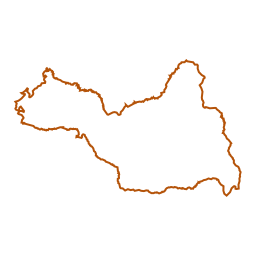 the district of Tuluá, Valle del Cauca, Colombia
{"feature_id": "7082276B54316712133185", "entity_name": "Tuluá", "entity_type": "district", "adm_level": 2, "iso_a3": "COL", "parent_name": "Colombia", "parent_adm1": "Valle del Cauca", "projection": "albers", "projection_center": [-76.017, 4.037], "detail": "fine", "context": "isolated", "style": "outline", "palette": "amber", "viewbox_px": 256, "rotation_deg": 0, "n_neighbors": 0, "source": "geoboundaries", "source_scale": "gbopen_adm2", "svg_char_len": 5717}
<svg xmlns="http://www.w3.org/2000/svg" viewBox="0 0 256 256"><path d="M46.4,68.6L46.5,70.2L44.4,71.7L43.1,73.7L43.6,76.3L45.4,75.6L46.2,76.5L44.4,78.2L44.0,79.2L44.1,80.0L45.3,81.7L45.1,82.9L41.7,83.3L40.6,85.6L38.1,86.2L36.7,88.2L35.1,88.6L32.8,91.0L33.3,93.7L33.0,94.6L31.3,96.5L29.9,97.3L29.2,96.9L29.6,94.2L27.2,91.5L27.9,88.9L27.2,88.4L25.4,90.7L22.6,92.8L21.4,93.0L21.9,93.5L24.9,94.2L24.8,94.9L21.6,98.4L19.7,99.9L18.1,100.9L15.4,101.7L16.7,103.6L16.1,105.6L16.4,106.9L15.4,108.5L15.8,109.5L18.8,110.9L19.3,108.1L20.1,107.0L20.8,106.6L24.0,111.0L23.7,111.9L21.5,111.0L19.7,111.0L18.0,113.3L18.5,114.0L21.7,115.0L23.5,117.5L23.4,118.3L22.1,119.8L21.5,122.6L22.9,122.8L23.0,123.7L24.5,123.7L24.6,123.2L25.7,123.9L33.5,126.0L34.8,127.5L35.7,127.9L36.7,127.8L37.5,128.6L38.0,128.4L39.7,129.5L40.6,129.4L41.3,128.7L42.4,129.1L42.7,129.6L44.5,129.6L44.6,130.0L46.3,130.4L46.6,129.9L48.1,130.1L48.9,128.8L52.0,129.5L52.1,129.0L54.1,129.0L54.4,128.5L56.0,129.0L56.8,128.4L60.1,127.3L62.9,127.2L62.6,127.8L67.4,129.5L67.3,129.9L67.9,130.0L69.4,129.7L69.7,128.9L70.5,128.7L72.7,129.1L73.3,128.7L73.9,129.1L75.8,128.9L76.6,129.6L77.2,129.3L78.6,132.2L78.8,134.5L77.6,136.1L76.6,135.9L76.4,137.2L77.7,136.9L81.5,137.9L82.1,137.0L82.0,135.5L82.8,134.5L83.2,134.3L84.7,134.9L85.1,136.4L86.2,137.6L86.6,139.2L87.4,139.6L87.4,140.8L88.5,141.7L88.7,143.6L89.7,144.4L89.9,145.3L90.6,145.4L91.1,146.3L92.0,146.6L93.3,148.4L94.0,151.1L95.2,152.0L96.0,153.9L95.8,155.5L96.8,156.0L96.8,156.6L97.6,156.9L97.8,157.5L99.8,158.4L100.7,159.4L102.5,159.4L105.2,160.7L105.7,161.6L109.5,163.0L111.3,164.4L112.4,164.3L112.6,165.1L113.8,165.3L114.3,166.3L117.5,167.3L117.9,171.1L118.7,172.2L118.2,173.1L119.0,173.5L119.2,174.7L118.6,175.8L119.0,177.1L118.9,178.3L117.8,178.7L117.7,181.0L118.4,182.0L118.2,183.0L119.2,183.7L120.1,187.6L120.7,188.2L122.7,188.4L125.1,190.5L127.9,189.2L130.6,190.1L133.4,189.6L134.7,190.8L139.0,189.9L141.1,190.8L143.9,191.1L146.2,190.4L148.1,190.6L148.8,191.7L151.4,193.1L153.8,193.1L154.9,192.5L156.4,192.7L156.9,192.3L159.1,193.4L161.1,192.7L162.1,191.8L162.7,192.1L163.1,191.7L163.8,191.7L165.3,190.4L165.5,189.5L166.7,188.2L168.8,187.3L169.7,187.5L171.0,187.0L173.8,187.5L174.6,187.0L176.8,187.5L178.0,188.5L179.4,188.0L181.8,188.7L181.9,188.2L182.7,188.0L184.4,188.9L186.5,189.2L187.7,187.9L189.2,187.4L191.1,188.4L191.2,188.8L192.5,188.4L193.0,188.7L194.2,186.9L195.3,186.8L195.4,185.8L196.1,185.8L196.7,185.0L196.6,184.4L198.0,182.9L199.1,182.8L198.9,182.3L199.4,182.5L200.1,181.6L201.7,181.3L203.8,180.1L206.0,179.7L208.5,178.5L211.2,179.2L212.9,178.2L215.9,178.6L217.0,179.2L217.1,179.7L217.7,179.5L218.3,179.9L219.0,181.9L220.8,184.5L223.5,186.2L223.4,190.7L224.3,193.7L226.6,195.6L230.1,192.1L231.6,188.3L233.8,186.3L234.6,186.2L235.4,186.7L235.5,188.8L236.5,189.0L238.7,188.6L238.5,184.6L239.6,181.0L239.4,178.6L240.1,176.4L239.8,175.3L240.6,172.1L239.4,170.2L239.5,169.3L238.3,166.8L235.7,165.4L233.8,162.8L233.9,160.3L232.7,158.7L232.9,158.2L230.6,155.7L230.2,154.7L229.5,154.5L229.1,152.5L228.1,150.9L229.0,148.6L228.9,148.0L230.5,145.5L230.5,144.2L231.3,143.3L228.5,139.8L226.9,138.6L225.7,135.8L224.4,134.5L223.9,133.3L222.8,133.0L223.7,131.0L223.4,130.7L224.5,129.6L223.7,127.5L224.4,125.0L224.2,124.6L224.6,123.9L224.3,123.3L224.8,122.9L224.3,122.4L224.6,122.1L224.1,121.1L223.5,120.8L223.9,120.0L223.2,119.3L223.5,118.5L222.1,118.0L222.0,117.2L220.9,116.9L221.2,116.1L221.9,116.4L222.2,116.0L221.7,114.4L221.8,113.3L219.8,112.1L219.3,111.2L216.8,109.3L216.0,108.1L215.2,107.9L209.8,108.3L205.9,107.1L205.3,107.7L204.5,107.7L203.2,106.5L202.9,104.5L203.6,102.7L202.9,100.6L202.1,99.7L201.8,97.5L202.5,91.7L201.4,88.3L199.7,85.2L202.2,82.7L203.5,78.8L204.7,77.8L204.4,76.6L201.7,75.0L198.9,72.1L197.7,68.7L197.8,65.4L197.1,64.6L194.8,64.6L193.2,62.3L187.2,61.3L186.3,60.4L184.6,62.2L181.5,62.3L181.1,63.2L179.5,64.0L178.6,65.1L178.2,66.4L178.5,67.9L177.9,67.8L177.0,69.3L175.9,69.0L174.7,72.3L173.6,72.7L173.5,73.6L172.2,73.4L171.9,74.2L171.0,75.0L171.1,75.7L170.1,75.7L170.6,76.2L170.1,76.9L170.6,77.3L169.7,78.8L168.8,79.1L169.1,79.7L166.2,84.2L165.9,85.1L166.5,86.2L165.7,88.3L164.4,89.9L164.3,92.1L161.2,93.0L161.7,94.8L160.3,96.4L158.1,97.5L157.7,98.5L156.2,98.1L154.9,98.6L154.7,98.0L153.5,97.8L153.3,97.2L152.2,98.4L151.5,97.8L150.8,98.8L149.8,99.3L148.4,99.2L147.5,100.1L147.2,99.9L147.1,99.1L146.5,99.0L145.5,99.5L143.4,101.8L142.5,101.3L141.3,101.9L139.7,101.6L136.3,102.3L135.8,102.9L134.6,101.9L134.6,102.8L134.2,103.4L133.4,103.2L133.1,104.0L127.9,106.8L125.9,104.8L126.1,105.9L124.8,106.7L122.7,110.2L120.8,112.0L120.5,114.3L119.2,114.9L118.4,114.8L116.7,112.6L114.6,112.1L112.9,112.4L108.3,114.7L107.4,114.5L103.4,108.9L103.8,108.2L103.1,107.0L103.5,106.5L103.0,105.7L103.4,105.4L103.3,104.8L102.1,102.1L102.0,100.8L101.5,100.6L101.3,99.8L101.7,99.5L101.3,98.9L101.6,98.6L99.6,97.0L99.8,96.4L98.8,96.0L99.5,94.9L98.2,94.0L97.3,93.9L96.0,92.2L94.5,92.5L93.8,91.7L93.1,92.2L92.3,91.9L92.6,91.1L91.2,90.7L91.3,89.8L90.7,89.6L88.8,90.0L88.3,90.9L87.1,90.9L86.7,90.5L86.3,91.0L85.3,91.1L85.4,90.0L84.5,89.5L83.7,90.5L82.7,89.9L80.0,90.6L80.2,89.8L79.6,89.1L79.9,88.4L79.3,88.5L79.2,87.9L78.3,87.9L78.3,87.3L77.9,87.4L77.9,86.8L78.8,86.2L78.5,84.9L77.9,84.7L77.7,85.5L76.9,86.0L77.3,85.4L76.6,85.4L77.2,84.3L76.9,83.4L74.5,83.2L74.5,83.6L72.9,84.2L72.8,84.8L71.1,84.6L70.0,83.5L68.7,83.6L68.0,82.8L66.8,82.8L66.6,83.2L66.2,82.8L65.8,83.2L65.6,82.5L62.4,81.6L60.4,80.1L57.4,79.2L57.3,78.6L56.6,78.1L55.6,78.6L55.1,78.1L54.5,78.2L53.4,77.0L53.3,75.0L52.6,74.7L52.6,74.1L53.4,73.7L52.9,73.2L53.0,72.1L52.2,71.9L52.5,71.5L52.2,70.9L51.1,70.5L49.8,69.1L48.4,71.0L47.5,71.1L47.8,70.5L46.9,69.8L47.4,69.5L47.5,68.8L46.9,68.2L46.4,68.6Z" fill="none" stroke="#b45309" stroke-width="2"/></svg>